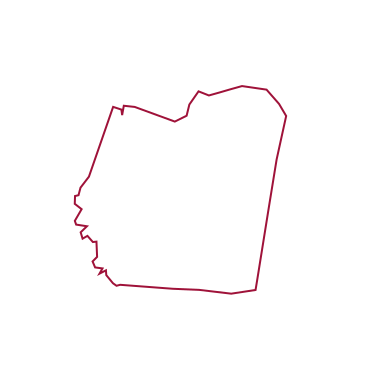 the district of Pulaski, Kentucky, United States of America, rotated 140°
{"feature_id": "52423323B4413103622838", "entity_name": "Pulaski", "entity_type": "district", "adm_level": 2, "iso_a3": "USA", "parent_name": "United States of America", "parent_adm1": "Kentucky", "projection": "robinson", "projection_center": [-84.502, 37.111], "detail": "fine", "context": "isolated", "style": "outline", "palette": "rose", "viewbox_px": 384, "rotation_deg": 140, "n_neighbors": 0, "source": "geoboundaries", "source_scale": "gbopen_adm2", "svg_char_len": 734}
<svg xmlns="http://www.w3.org/2000/svg" viewBox="0 0 384 384"><g transform="rotate(140 192 192)"><path d="M197.7,307.9L261.1,270.0L274.6,267.0L281.0,262.5L284.2,264.1L289.4,258.3L287.6,249.8L300.3,245.2L301.7,241.5L294.5,233.3L303.2,232.7L305.8,226.6L300.3,225.6L300.1,217.4L297.1,215.4L306.4,203.3L312.8,202.7L314.7,196.5L309.7,191.0L315.3,188.9L308.3,187.3L311.1,183.4L311.2,172.9L310.1,168.7L306.7,167.1L268.9,130.2L249.5,112.5L227.3,88.9L206.3,76.1L199.3,82.1L141.9,131.8L106.3,162.5L71.0,189.7L68.7,203.5L69.1,222.5L85.6,241.0L96.6,246.0L107.3,250.7L117.0,255.1L122.3,264.9L137.8,260.7L147.1,253.9L159.9,257.0L181.2,294.0L188.8,301.9L196.1,295.8L193.1,300.5L197.7,307.9Z" fill="none" stroke="#9f1239" stroke-width="2"/></g></svg>